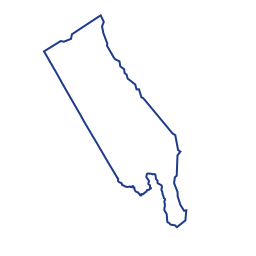 Washington, New York, United States of America, rotated 148°
{"feature_id": "52423323B92557929546558", "entity_name": "Washington", "entity_type": "district", "adm_level": 2, "iso_a3": "USA", "parent_name": "United States of America", "parent_adm1": "New York", "projection": "orthographic", "projection_center": [-73.385, 43.375], "detail": "fine", "context": "isolated", "style": "outline", "palette": "blue", "viewbox_px": 256, "rotation_deg": 148, "n_neighbors": 0, "source": "geoboundaries", "source_scale": "gbopen_adm2", "svg_char_len": 2239}
<svg xmlns="http://www.w3.org/2000/svg" viewBox="0 0 256 256"><g transform="rotate(148 128 128)"><path d="M99.3,145.4L100.4,146.8L98.2,155.0L100.3,156.2L98.8,161.1L102.1,170.1L100.9,174.1L101.8,176.5L100.1,179.9L101.9,184.3L99.9,189.1L102.4,192.9L102.7,195.8L102.2,209.0L100.8,210.5L98.7,221.2L96.2,227.9L92.3,230.8L91.5,238.0L93.5,238.0L113.5,237.5L125.9,237.2L129.1,233.8L136.7,235.2L139.0,237.4L158.6,237.5L159.4,215.4L159.4,214.0L160.1,201.0L160.2,198.7L161.3,168.1L161.4,164.8L161.4,164.6L161.8,157.4L162.2,143.3L162.4,133.1L162.4,130.9L162.5,129.2L163.2,105.9L163.2,103.7L163.4,92.5L163.5,91.5L163.3,91.4L163.3,90.4L163.5,89.7L164.1,89.2L164.4,88.8L164.5,88.0L164.4,87.4L163.7,86.0L163.5,85.6L163.3,85.4L162.9,85.2L162.8,83.4L163.2,82.9L163.1,82.6L162.4,81.8L161.3,79.8L160.3,78.8L159.3,78.0L157.4,77.4L157.2,77.1L157.1,76.6L156.5,76.1L154.9,76.3L154.7,76.2L154.5,75.9L154.7,75.3L155.1,74.8L155.1,74.7L154.2,74.1L154.9,72.8L155.0,72.4L155.1,71.3L155.1,70.2L154.8,69.6L154.0,68.3L153.6,68.1L153.3,64.7L153.2,64.4L152.9,64.0L152.5,63.8L152.3,63.9L151.7,64.8L151.3,64.6L150.4,63.9L149.3,63.9L148.6,64.3L145.9,64.3L144.9,65.2L142.9,64.5L141.6,64.9L141.3,64.9L141.0,64.6L140.5,64.7L140.4,65.1L140.8,65.9L140.8,66.0L140.0,67.2L139.7,67.7L140.4,69.4L140.4,69.7L140.2,70.1L139.4,71.0L138.3,71.7L138.3,74.8L138.5,76.2L138.4,76.8L138.2,77.1L136.8,78.5L136.1,79.0L135.6,79.0L135.2,78.8L134.3,78.2L132.2,76.5L131.6,75.6L130.4,75.2L130.0,74.9L129.6,74.2L129.6,73.9L129.7,73.3L130.7,71.2L131.3,70.1L131.2,69.2L130.9,68.1L130.9,67.7L132.0,65.7L132.1,65.4L131.9,65.0L130.2,62.1L130.0,61.6L130.4,60.1L130.7,59.6L131.0,59.3L131.9,58.7L132.5,57.6L132.6,56.1L133.8,53.3L133.9,52.5L133.9,52.2L134.5,50.2L134.7,49.4L134.3,48.5L134.4,48.0L134.9,47.3L135.6,46.9L136.1,46.3L136.5,45.7L136.8,44.6L137.9,42.6L138.4,41.9L139.4,41.0L140.7,39.1L140.8,38.2L140.7,36.5L140.8,34.8L140.9,34.3L142.1,32.0L143.6,29.2L144.3,27.6L144.4,27.2L143.6,26.0L143.5,25.6L143.1,23.7L142.2,22.6L141.1,21.8L139.6,20.4L139.5,20.0L139.3,18.6L139.1,18.0L128.3,19.2L122.2,27.3L124.3,28.0L124.3,35.1L122.1,43.7L119.9,47.5L118.1,56.9L114.3,61.4L112.0,61.7L100.5,78.6L96.1,80.2L97.2,82.8L91.7,96.9L93.1,99.7L96.6,125.7L99.3,145.4Z" fill="none" stroke="#1e3a8a" stroke-width="2"/></g></svg>